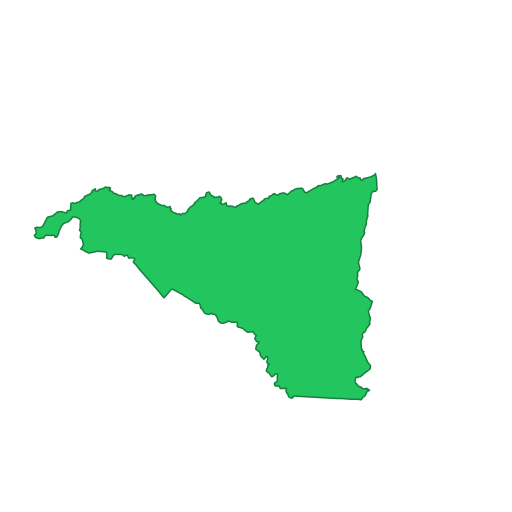 Dedza, Dedza, Malawi, rotated 45°
{"feature_id": "42251766B66225457753973", "entity_name": "Dedza", "entity_type": "district", "adm_level": 2, "iso_a3": "MWI", "parent_name": "Malawi", "parent_adm1": "Dedza", "projection": "natural_earth1", "projection_center": [34.006, -14.237], "detail": "fine", "context": "isolated", "style": "filled", "palette": "green", "viewbox_px": 512, "rotation_deg": 45, "n_neighbors": 0, "source": "geoboundaries", "source_scale": "gbopen_adm2", "svg_char_len": 6109}
<svg xmlns="http://www.w3.org/2000/svg" viewBox="0 0 512 512"><g transform="rotate(45 256 256)"><path d="M370.4,205.8L368.0,206.6L365.8,206.3L364.0,206.5L361.1,207.7L356.2,206.9L354.9,207.1L351.9,208.2L350.0,209.3L347.1,202.5L346.1,201.7L343.8,201.2L342.0,198.2L340.4,196.9L339.5,195.7L339.0,194.0L339.3,193.2L338.5,191.5L332.9,188.1L329.3,181.3L325.8,176.6L323.3,174.2L319.2,171.4L318.2,169.3L317.6,165.8L316.6,163.0L315.0,162.1L312.6,158.3L311.8,155.9L309.0,152.8L306.7,148.4L305.9,148.1L299.6,140.9L299.0,139.6L298.6,137.3L293.7,130.8L292.9,128.1L294.8,125.6L294.7,123.9L294.4,123.2L286.7,116.3L282.4,113.4L282.3,115.6L281.2,119.0L277.2,125.5L277.6,126.1L277.7,127.2L276.3,128.1L274.4,127.2L273.0,128.6L270.6,128.7L267.8,135.6L265.8,136.0L265.0,136.6L265.6,139.1L265.5,140.8L264.9,142.1L264.0,142.3L263.5,140.5L263.0,140.0L261.7,140.6L259.7,139.2L258.8,139.5L257.4,141.3L257.1,142.2L257.4,142.9L258.3,141.4L259.3,141.4L259.5,141.9L258.1,148.8L255.6,154.7L253.7,156.1L251.8,160.8L250.4,162.0L249.9,165.8L249.1,167.5L247.1,175.1L246.5,175.9L245.2,176.5L241.8,175.4L240.3,175.8L239.5,176.4L238.8,178.3L238.0,178.3L236.0,181.8L236.0,183.4L235.1,184.8L235.0,190.3L231.3,191.5L229.6,193.5L229.5,194.4L228.8,194.8L228.5,197.5L226.7,198.6L225.1,198.7L225.1,199.3L224.3,199.9L224.3,201.8L223.2,204.8L224.1,205.8L224.1,206.3L222.5,208.1L221.7,209.6L221.7,210.4L222.3,211.5L221.4,213.1L221.5,214.4L220.7,218.0L217.3,218.7L213.5,217.2L212.7,217.5L211.3,220.4L212.0,221.0L212.0,222.5L211.2,223.9L211.7,225.4L209.8,227.5L208.3,230.3L208.0,232.5L207.0,234.2L207.4,236.2L204.6,237.1L204.3,237.8L202.3,238.7L201.9,239.9L200.4,240.9L198.7,240.6L197.3,239.6L197.1,240.6L196.7,240.9L196.7,242.2L195.5,243.5L194.6,242.9L193.3,244.0L192.1,240.6L190.8,239.7L189.7,239.4L187.8,239.8L187.3,241.8L186.2,242.6L185.5,243.9L183.8,243.8L182.8,244.5L180.6,244.7L179.0,244.4L178.2,243.8L177.2,244.4L176.3,246.6L178.2,249.7L176.8,252.7L175.2,254.1L175.2,254.9L175.3,258.6L175.0,262.0L175.6,262.7L175.5,263.5L175.9,264.2L175.4,265.1L175.5,266.1L174.8,268.0L175.2,269.2L175.1,271.1L175.5,272.3L176.2,272.8L175.9,273.5L176.1,274.8L175.9,275.9L174.2,277.6L173.7,280.4L172.3,280.1L170.9,282.0L169.1,282.5L166.1,283.9L164.6,283.8L164.0,284.2L162.9,283.7L162.4,282.5L161.2,282.6L160.3,281.8L159.4,283.7L158.1,284.7L157.2,284.6L155.9,285.3L155.1,285.2L153.7,287.0L150.4,288.0L149.6,288.5L149.2,288.2L148.0,288.6L146.9,288.1L146.0,288.2L143.7,286.3L142.6,284.5L140.4,284.3L138.2,287.4L137.0,288.2L136.8,289.5L136.2,289.6L135.9,290.5L134.6,292.1L133.8,292.6L132.3,292.7L130.5,293.8L130.5,295.2L130.0,295.8L129.3,296.0L129.2,297.3L128.3,298.1L128.5,299.7L129.2,300.2L128.4,301.8L129.2,302.6L129.0,303.1L127.9,303.3L125.0,300.9L123.0,302.5L122.6,303.9L122.1,304.3L122.0,305.1L121.4,306.5L120.5,307.6L118.5,308.1L116.4,310.0L112.7,311.1L111.4,312.1L108.9,312.1L105.7,313.3L105.6,311.4L104.5,310.8L103.6,311.3L102.8,312.8L101.5,312.9L100.6,314.2L100.6,315.2L99.0,318.6L98.0,319.7L98.1,322.8L96.4,323.6L95.4,322.2L94.9,322.2L94.1,324.7L94.0,326.0L94.6,326.2L94.9,327.2L94.8,330.0L93.9,331.4L93.5,333.2L92.6,335.1L93.2,336.2L93.5,338.6L93.0,339.5L92.8,342.6L91.3,345.3L91.4,346.1L90.3,347.4L89.1,347.7L87.9,349.6L92.4,354.7L90.8,357.1L90.8,358.1L91.4,359.0L91.2,359.8L86.8,362.4L84.5,365.1L83.9,371.4L81.5,375.3L81.2,376.5L84.0,385.2L84.1,386.6L83.0,388.8L80.8,390.5L80.0,392.1L80.0,392.7L82.1,393.5L84.5,395.2L84.7,395.5L84.6,397.5L84.9,398.3L85.9,398.6L87.8,398.5L90.7,396.8L91.8,394.6L93.2,393.5L92.6,391.7L92.8,390.3L93.4,389.2L96.7,386.3L98.3,384.3L99.2,384.1L100.5,384.8L101.3,384.3L101.6,383.4L100.9,380.4L99.2,377.8L97.2,372.0L97.0,369.1L99.2,363.7L99.2,360.7L98.7,358.3L100.9,356.0L104.6,354.5L106.5,354.9L107.6,355.7L109.2,357.9L111.5,360.1L113.1,362.6L115.5,362.7L117.4,365.7L119.2,367.5L121.1,367.0L125.5,369.6L126.9,372.6L127.0,374.8L127.7,374.8L129.6,373.9L132.0,373.6L135.9,372.0L140.5,364.8L146.9,359.3L148.6,359.4L151.9,363.0L153.1,362.8L155.8,360.5L154.7,355.8L155.6,354.0L160.0,349.9L160.9,349.5L162.4,349.6L163.2,349.0L164.1,346.6L164.9,346.4L167.1,347.4L167.8,347.3L169.4,345.1L171.7,343.6L172.5,344.1L173.2,346.5L173.9,347.2L177.2,347.1L183.4,347.9L210.8,349.7L220.3,350.7L220.6,349.8L219.7,340.1L220.1,339.0L220.8,338.4L232.1,335.0L233.2,335.1L237.4,333.9L246.5,332.1L247.6,331.4L249.3,329.5L251.7,330.4L253.6,331.9L255.2,331.7L260.2,332.7L262.0,332.0L264.2,330.4L264.5,330.0L264.5,328.6L265.2,327.9L266.6,327.9L267.7,326.8L269.1,326.2L272.1,327.0L275.4,328.6L277.5,328.6L279.0,327.9L280.7,326.3L282.8,321.3L285.8,319.9L289.2,316.4L290.3,316.4L292.3,318.9L293.3,319.0L298.0,316.4L301.2,316.4L303.9,315.8L305.0,314.8L305.5,313.6L306.5,313.0L307.5,311.5L309.9,312.2L312.2,312.0L313.3,314.9L314.1,315.5L317.2,316.1L318.2,315.0L319.1,314.9L319.5,315.8L319.5,318.9L321.7,322.0L326.7,321.4L329.8,323.3L334.2,323.6L334.8,322.6L334.4,320.4L334.5,319.7L335.1,319.3L336.1,319.6L337.2,320.7L338.2,322.8L339.4,323.7L340.3,324.0L341.8,323.3L342.0,325.5L343.1,326.6L343.7,328.9L345.1,330.1L347.9,329.6L352.4,330.3L352.9,329.8L353.2,328.1L353.1,325.9L353.8,324.7L354.5,324.3L359.5,329.4L359.6,330.4L358.9,332.6L360.3,334.1L361.9,334.0L364.4,331.6L366.9,332.5L369.4,330.0L370.2,328.8L371.2,328.2L371.6,328.5L372.0,329.8L374.9,331.3L376.1,331.1L378.0,332.2L379.3,332.3L381.4,331.6L382.1,330.8L382.2,329.8L381.5,328.7L383.2,327.0L414.4,299.2L417.0,296.5L424.5,290.1L427.2,287.3L431.2,283.8L431.8,283.6L432.0,282.1L431.3,280.4L431.9,278.9L431.9,277.5L430.2,272.6L431.0,271.8L431.1,270.8L428.7,271.0L428.5,271.5L428.1,271.2L427.6,271.6L427.0,273.0L425.0,274.5L422.8,274.4L422.7,274.9L419.9,275.7L417.6,275.2L416.7,275.5L414.8,274.9L412.4,271.3L413.4,270.0L414.2,269.7L414.1,268.5L415.3,267.2L415.2,265.5L415.6,264.6L415.4,263.3L416.5,256.2L416.1,254.3L414.5,252.6L410.0,252.1L404.1,249.7L400.8,249.1L400.0,247.4L398.7,247.9L397.5,247.6L397.4,247.1L396.1,247.0L390.8,242.4L389.0,238.9L388.8,237.8L386.8,236.4L386.1,235.0L386.1,234.2L386.7,232.9L386.2,231.1L385.3,229.2L385.1,225.6L384.6,224.4L384.6,223.4L383.5,223.0L381.8,220.3L380.0,218.5L378.4,218.1L374.4,215.5L373.8,212.4L370.4,205.8Z" fill="#22c55e" stroke="#15803d" stroke-width="1.5"/></g></svg>